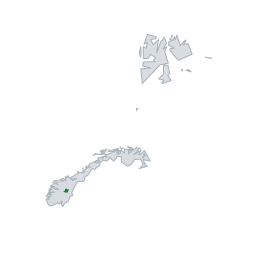 location of Ringebu nor, Oppland, Norway, rotated 27°
{"feature_id": "86288312B31660011539204", "entity_name": "Ringebu nor", "entity_type": "district", "adm_level": 2, "iso_a3": "NOR", "parent_name": "Norway", "parent_adm1": "Oppland", "projection": "mercator", "projection_center": [10.18, 61.557], "detail": "fine", "context": "in_parent", "style": "filled", "palette": "green", "viewbox_px": 256, "rotation_deg": 27, "n_neighbors": 0, "source": "geoboundaries", "source_scale": "gbopen_adm2", "svg_char_len": 4158}
<svg xmlns="http://www.w3.org/2000/svg" viewBox="0 0 256 256"><g transform="rotate(27 128 128)"><path d="M135.0,156.6L130.7,158.7L131.4,160.1L130.2,164.1L125.3,162.5L124.2,167.2L120.8,167.8L118.9,171.4L119.7,174.3L117.0,179.9L114.2,181.1L114.0,187.1L111.5,192.1L112.8,192.9L112.8,195.4L107.2,198.8L107.1,210.9L109.3,213.2L107.5,215.3L108.1,220.7L105.7,223.7L105.6,227.6L103.2,226.1L102.5,222.7L101.3,227.1L99.4,226.5L95.3,232.0L91.9,232.7L87.5,228.7L87.8,227.1L89.2,227.9L90.0,227.2L88.6,226.6L90.1,223.9L86.3,225.9L86.9,223.4L89.6,222.4L88.1,222.1L89.3,220.0L91.9,218.3L89.4,219.3L86.4,223.5L86.6,220.8L88.0,220.6L86.4,218.7L87.9,217.2L86.3,217.5L86.0,215.1L92.0,215.6L93.7,214.0L86.3,214.2L87.0,212.3L85.7,209.9L89.0,210.5L91.1,210.0L86.4,208.1L95.1,204.5L91.1,204.5L93.6,202.1L96.7,203.7L95.3,201.7L96.5,198.8L103.0,199.7L105.1,196.1L100.9,199.4L99.5,198.1L105.2,189.4L108.2,188.5L109.4,186.8L107.1,187.3L109.7,182.4L109.0,181.4L112.7,179.9L110.0,180.4L110.2,177.4L112.9,173.8L116.8,173.1L113.9,172.6L115.4,170.3L117.3,172.0L117.6,170.7L114.9,168.4L118.5,165.1L119.4,167.9L119.1,164.4L123.1,163.5L120.0,162.7L124.7,157.6L125.2,154.9L126.9,156.3L126.2,154.8L129.4,152.1L129.3,155.3L131.3,150.9L130.6,156.0L132.5,154.5L132.2,151.2L136.2,151.8L134.3,148.4L138.3,147.1L140.2,150.6L144.4,141.5L147.4,143.2L145.2,149.5L149.6,142.3L149.8,146.8L151.0,145.9L152.8,140.7L155.1,141.8L153.7,144.5L154.8,144.5L154.6,148.3L156.4,142.8L162.7,147.4L156.3,149.2L159.0,152.6L162.6,153.4L156.8,158.7L157.9,154.9L157.4,153.2L153.2,149.9L148.3,153.1L147.3,158.9L144.9,162.2L137.5,161.2L135.0,156.6ZM119.2,30.8L123.9,35.0L123.4,41.8L125.6,38.2L126.4,43.8L134.4,51.9L127.8,57.3L120.6,81.9L112.6,69.6L121.2,64.2L112.8,66.0L111.6,62.3L122.0,56.7L119.8,55.4L120.8,53.0L114.6,52.2L114.5,56.7L110.1,59.3L104.8,48.7L107.9,48.6L106.6,43.3L104.3,45.9L102.8,35.7L111.7,34.0L112.3,35.7L108.3,38.8L112.5,42.5L115.0,35.6L119.5,48.3L118.0,36.5L119.2,30.8ZM129.5,23.3L137.1,30.8L139.2,23.4L140.1,24.2L139.5,28.4L143.3,25.5L151.6,33.2L142.0,44.9L130.7,40.1L129.4,38.5L132.6,35.9L126.6,35.7L125.2,32.8L126.9,31.0L124.2,29.2L128.4,29.7L127.9,25.9L129.6,27.7L129.5,23.3ZM135.1,54.0L140.5,60.6L139.5,62.9L144.8,66.2L138.6,72.7L137.5,72.2L138.3,69.0L133.1,70.3L135.2,63.8L131.0,55.8L135.1,54.0ZM117.8,162.5L120.1,161.2L113.3,165.4L116.8,162.0L117.0,158.5L118.9,156.6L117.8,162.5ZM121.5,155.9L124.6,155.6L120.9,158.3L121.5,155.9ZM124.6,153.8L129.2,150.3L126.7,154.0L124.6,153.8ZM102.4,49.4L106.1,56.4L107.0,59.4L104.1,56.0L102.4,49.4ZM115.6,158.9L116.2,162.0L113.7,161.2L115.6,158.9ZM140.5,143.2L138.7,145.7L136.2,144.6L139.1,144.2L140.5,143.2ZM140.8,145.0L140.0,147.8L139.0,147.1L140.8,145.0ZM110.5,165.7L112.9,165.0L110.3,167.0L110.5,165.7ZM170.4,28.2L164.3,29.8L170.6,27.9L170.4,28.2ZM155.5,48.4L159.0,49.4L153.7,50.2L155.5,48.4ZM146.0,141.2L147.9,140.6L148.5,141.2L146.0,141.2ZM142.0,144.3L141.6,145.8L141.2,144.5L142.0,144.3ZM132.3,148.4L132.2,149.9L131.5,149.4L132.3,148.4ZM127.9,106.3L127.7,108.2L126.8,106.7L127.9,106.3ZM151.1,52.5L149.4,52.2L149.3,51.2L151.1,52.5ZM103.8,189.4L104.2,190.4L102.9,190.1L103.8,189.4ZM129.1,148.1L130.1,148.7L130.6,149.5L129.1,148.1ZM125.3,25.4L126.0,27.4L124.9,26.7L125.3,25.4ZM97.2,198.1L95.7,198.2L97.2,197.6L97.2,198.1ZM95.0,199.6L94.5,200.4L94.2,200.0L95.0,199.6ZM109.9,167.3L109.1,168.3L110.0,166.5L109.9,167.3ZM86.1,219.0L85.9,220.2L85.8,218.7L86.1,219.0ZM108.4,181.6L108.0,180.7L108.5,180.8L108.4,181.6ZM159.4,151.2L159.2,152.4L159.1,152.2L159.4,151.2ZM108.8,182.4L107.9,182.5L109.0,182.1L108.8,182.4ZM106.3,184.2L106.4,185.0L106.0,184.8L106.3,184.2ZM85.7,214.1L85.4,214.8L85.4,214.2L85.7,214.1Z" fill="#d9dde1" stroke="#a8b0b8" stroke-width="1"/><path d="M101.3,213.1L101.5,213.0L101.8,212.9L102.0,212.9L102.3,212.8L102.4,212.7L102.8,212.4L102.8,212.2L102.7,211.9L102.7,211.6L102.7,211.2L102.5,210.8L102.5,210.7L102.3,210.8L102.2,210.9L102.2,211.0L101.9,211.2L101.6,210.9L101.3,210.9L100.9,210.7L100.8,210.9L100.7,210.9L100.7,211.0L100.6,211.3L100.7,211.5L100.8,211.6L100.9,211.8L100.9,212.0L100.8,212.4L100.8,212.6L100.7,212.8L100.6,213.0L100.9,212.9L101.1,213.0L101.3,213.0L101.3,213.1Z" fill="#22c55e" stroke="#15803d" stroke-width="1.5"/></g></svg>